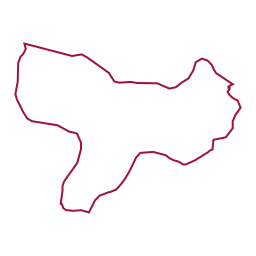 SVG path tracing the border of Amasya
{"feature_id": "TUR-2290", "entity_name": "Amasya", "entity_type": "Province", "adm_level": 1, "iso_a3": "TUR", "parent_name": "Turkey", "parent_adm1": "", "projection": "robinson", "projection_center": [35.812, 40.638], "detail": "fine", "context": "isolated", "style": "outline", "palette": "rose", "viewbox_px": 256, "rotation_deg": 0, "n_neighbors": 0, "source": "natural_earth", "source_scale": "10m", "svg_char_len": 1111}
<svg xmlns="http://www.w3.org/2000/svg" viewBox="0 0 256 256"><path d="M24.4,43.6L72.2,56.0L81.6,54.4L86.7,57.1L108.9,72.9L114.2,81.4L119.3,82.7L131.0,81.9L136.9,83.0L157.3,83.3L169.4,88.6L175.8,87.2L181.4,82.8L188.4,78.5L193.1,70.8L195.8,62.2L201.9,58.6L207.5,60.5L211.8,64.9L213.7,69.3L216.2,73.2L232.8,84.3L228.4,86.5L228.4,87.8L229.6,87.8L229.6,89.1L227.6,91.6L229.4,94.8L232.5,97.7L234.9,99.3L237.5,100.3L240.6,107.7L235.3,115.1L232.7,121.3L232.7,128.3L225.8,137.3L213.4,139.8L212.5,149.4L211.3,150.0L210.0,150.5L207.8,152.4L195.0,160.3L185.6,164.5L182.8,164.4L180.2,162.5L177.1,161.1L173.7,160.3L169.4,158.1L165.5,155.1L153.0,151.9L140.3,152.9L136.2,157.4L129.3,171.6L124.8,179.1L120.7,184.6L116.2,189.5L110.8,191.8L107.9,192.5L99.5,195.7L95.0,200.4L88.9,212.4L81.2,210.2L73.2,210.8L66.2,210.1L63.3,208.2L62.1,204.4L60.7,203.9L62.5,191.0L62.5,186.1L64.0,181.6L77.3,162.8L81.0,149.1L80.9,142.2L77.0,133.7L74.5,132.7L69.2,131.7L57.6,125.3L32.0,121.2L27.2,118.4L23.0,111.7L16.8,99.2L15.4,94.1L17.7,81.8L18.2,63.0L20.2,57.3L23.5,53.5L25.8,48.8L24.4,43.6Z" fill="none" stroke="#9f1239" stroke-width="2"/></svg>